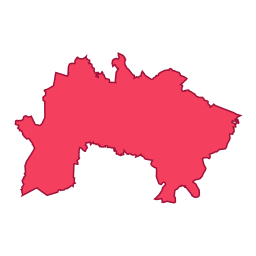 San Pablo Anicano, Puebla, Mexico
{"feature_id": "50627088B54927007097368", "entity_name": "San Pablo Anicano", "entity_type": "district", "adm_level": 2, "iso_a3": "MEX", "parent_name": "Mexico", "parent_adm1": "Puebla", "projection": "albers", "projection_center": [-98.14, 18.141], "detail": "fine", "context": "isolated", "style": "filled", "palette": "rose", "viewbox_px": 256, "rotation_deg": 0, "n_neighbors": 0, "source": "geoboundaries", "source_scale": "gbopen_adm2", "svg_char_len": 5786}
<svg xmlns="http://www.w3.org/2000/svg" viewBox="0 0 256 256"><path d="M44.6,90.1L44.3,90.4L44.7,91.3L45.8,92.2L45.5,95.2L43.0,97.3L43.2,100.4L44.8,101.5L44.9,117.6L41.9,123.9L39.8,125.6L38.2,125.0L35.8,124.8L35.0,124.1L31.2,116.2L29.1,117.1L28.0,116.9L25.9,115.8L25.3,115.9L23.9,116.6L23.0,119.4L22.4,120.0L20.7,120.6L20.0,120.5L18.4,120.7L16.9,120.4L15.8,120.9L15.7,121.3L15.4,124.0L15.8,124.5L18.6,125.3L18.8,125.6L18.4,127.3L17.7,128.0L18.6,128.9L19.6,129.4L19.8,130.0L19.6,130.6L21.4,130.8L22.8,133.3L22.6,134.4L24.2,136.3L24.3,136.8L25.5,137.5L26.5,138.9L28.5,138.5L29.0,138.7L32.6,143.6L32.4,144.3L32.9,144.6L34.6,148.5L31.5,153.7L26.6,161.3L25.0,165.8L25.5,172.3L24.4,173.8L25.6,175.2L25.1,175.7L24.8,176.6L23.8,177.1L23.6,177.9L23.8,178.4L23.7,178.8L23.0,179.1L22.5,180.0L22.2,181.0L22.8,182.4L22.8,182.9L23.7,183.8L23.8,184.1L23.2,185.6L21.9,187.2L22.3,189.1L22.0,189.4L21.2,189.6L22.0,190.6L21.9,192.0L22.3,193.0L22.5,195.1L22.3,195.5L36.0,188.2L37.5,188.1L38.5,189.2L47.1,195.3L57.6,192.2L58.5,190.0L60.3,189.9L60.8,190.5L61.9,190.1L64.1,189.9L65.4,188.7L67.6,188.5L67.9,188.0L69.2,187.4L71.1,185.7L72.3,185.8L73.1,186.4L73.2,183.8L75.2,183.1L74.1,181.8L74.5,178.0L73.9,177.6L73.4,177.5L73.9,164.0L74.6,163.8L77.8,164.2L77.9,163.0L77.5,161.8L77.0,161.4L77.2,160.5L77.8,159.7L78.6,159.4L79.5,157.9L78.7,157.0L79.0,156.0L78.8,153.5L79.1,152.7L78.9,151.8L79.6,147.9L79.7,147.6L81.8,148.2L82.4,149.3L83.6,150.5L85.0,151.3L85.5,151.1L86.0,149.1L87.2,148.0L86.8,146.1L85.5,145.5L86.2,142.7L87.9,142.8L90.2,142.1L90.6,144.6L93.2,142.2L93.5,143.5L95.5,143.8L96.1,144.5L97.7,143.9L98.3,145.0L99.0,145.5L99.9,145.5L99.7,146.6L103.8,147.0L104.6,146.4L105.4,146.8L105.3,145.8L105.8,145.8L107.5,146.0L107.7,147.4L110.5,147.3L110.6,147.6L111.9,147.9L113.5,147.9L113.8,148.5L114.1,150.8L114.7,151.2L114.9,150.9L114.6,149.3L114.8,148.8L115.1,149.9L115.9,150.7L116.6,153.0L116.2,153.5L116.5,154.0L117.7,154.1L118.7,154.7L120.6,155.5L121.1,155.3L121.0,154.7L121.3,154.0L122.2,154.8L123.7,154.5L123.4,152.7L124.1,151.7L124.2,150.6L125.0,152.0L125.9,152.4L126.6,153.7L127.6,154.2L128.1,154.3L129.1,153.7L130.6,153.6L130.8,154.2L131.4,154.6L132.8,155.1L135.7,154.7L136.2,155.7L135.7,157.0L140.3,155.3L140.4,154.4L141.2,154.4L141.8,155.9L142.3,156.3L143.7,156.8L144.6,158.4L145.5,159.1L152.4,160.3L151.3,162.7L151.0,164.1L151.9,165.6L154.4,167.4L156.0,167.8L156.3,168.4L156.6,169.7L156.4,176.7L158.7,183.0L159.1,183.6L159.9,184.1L161.1,184.5L161.7,184.0L162.6,182.7L163.3,182.2L163.9,182.2L164.6,182.4L164.9,182.7L165.5,184.4L165.4,184.9L162.8,187.4L161.9,190.5L159.2,194.6L156.1,197.8L154.7,199.0L156.4,199.5L161.6,198.7L162.4,201.0L162.5,201.4L162.1,202.0L162.6,202.2L163.5,202.4L167.1,201.3L172.9,202.6L174.3,202.7L174.9,202.4L175.4,202.0L175.3,198.1L174.9,197.0L174.2,196.5L174.8,190.7L175.3,189.9L177.1,189.1L177.7,188.6L179.0,186.6L180.9,186.4L181.0,185.5L181.6,185.3L182.6,185.5L181.5,185.5L183.8,186.0L184.8,185.8L185.3,186.0L184.5,186.7L184.9,187.3L186.3,187.6L192.2,195.1L191.9,195.5L193.7,196.8L194.3,197.1L196.6,197.2L198.1,196.7L198.9,196.1L199.4,194.1L199.1,190.0L197.1,186.7L195.9,184.1L195.0,183.4L193.1,182.4L193.0,181.4L194.5,180.3L196.2,179.5L197.7,179.4L200.4,178.4L201.1,177.2L201.8,176.8L203.9,172.3L205.4,170.1L205.8,168.4L205.5,167.5L203.8,164.6L202.8,160.4L202.6,158.5L203.8,157.8L206.6,157.6L207.6,157.7L208.8,158.4L209.5,158.5L210.2,156.8L209.6,154.3L210.0,154.1L213.6,152.8L215.0,151.9L216.9,151.8L218.6,150.1L219.7,149.4L221.6,149.3L225.4,148.7L226.4,147.2L227.3,143.7L228.8,141.2L230.0,138.4L229.6,134.3L229.8,134.0L230.6,133.8L231.3,134.1L232.7,134.2L233.0,132.5L234.0,131.9L234.0,128.8L233.2,127.8L233.2,126.9L235.7,126.9L235.7,126.2L235.1,124.7L235.6,124.7L236.1,123.7L236.0,123.4L234.2,123.5L231.9,122.4L231.8,121.7L233.0,120.9L234.4,121.2L235.0,121.0L236.3,121.2L236.4,122.4L237.0,121.9L237.2,122.2L237.0,122.7L238.5,123.3L238.7,122.5L238.2,120.8L237.8,120.4L237.9,119.8L237.2,119.3L237.1,119.7L235.3,119.4L237.7,117.0L240.6,115.5L236.7,114.4L233.9,112.8L215.4,105.6L213.7,104.2L212.3,105.9L211.1,106.3L210.9,106.9L210.3,107.1L210.4,106.1L208.0,103.8L207.9,102.5L208.1,101.6L206.8,100.8L204.3,100.3L203.8,98.7L202.5,97.4L199.2,97.4L196.7,96.4L195.3,95.2L194.9,94.1L192.7,93.0L191.6,92.1L190.7,91.6L190.0,91.6L188.6,90.0L185.6,90.8L185.7,90.4L184.9,90.6L184.3,90.8L183.9,91.4L182.2,91.0L181.6,89.1L182.6,85.8L180.7,84.5L182.3,83.4L183.2,82.2L186.4,79.4L186.9,78.5L183.7,76.6L180.5,75.5L180.1,74.0L179.1,72.5L176.6,71.9L174.2,70.7L172.7,70.6L171.9,69.4L170.6,68.6L170.0,68.7L169.2,69.3L168.8,70.2L167.6,70.0L164.9,70.4L161.6,71.9L158.9,73.5L158.3,75.1L157.9,75.4L156.2,75.6L156.0,75.9L156.1,76.4L155.6,76.5L154.8,77.5L153.5,78.0L152.6,79.4L151.3,79.4L145.3,75.5L143.9,73.3L142.3,71.3L141.7,72.5L140.8,75.9L140.2,76.0L138.9,76.8L138.4,77.5L136.3,76.8L134.3,78.2L134.2,75.3L132.8,74.9L128.5,69.3L126.8,68.0L124.8,64.1L124.7,61.4L125.5,60.1L125.4,59.2L125.0,59.1L124.5,58.2L124.8,57.7L122.9,55.4L118.3,53.3L118.5,56.1L119.1,57.1L118.9,58.2L118.3,59.0L117.1,59.0L116.4,58.4L114.0,59.1L113.7,59.8L113.1,59.9L112.6,60.5L112.1,63.2L112.9,66.4L114.8,64.7L117.2,68.2L118.0,68.5L118.7,68.1L116.2,72.2L115.3,80.9L115.8,82.5L109.4,82.3L109.5,80.7L109.3,79.6L108.8,79.3L105.4,78.5L103.8,74.6L102.8,74.2L102.7,72.5L102.1,71.8L100.9,73.7L99.2,73.7L98.1,72.5L97.6,73.0L98.2,77.3L95.9,76.4L96.9,74.3L97.2,72.8L96.9,72.5L95.6,73.5L93.8,70.6L94.2,70.0L94.2,68.6L93.5,67.9L92.3,67.7L91.7,64.3L90.2,63.4L88.9,63.7L88.6,62.9L89.2,62.7L89.6,62.1L89.6,60.2L88.1,60.0L87.8,59.8L87.5,59.1L86.7,58.8L86.1,57.9L86.3,56.3L85.4,57.3L82.7,58.9L80.6,58.8L78.1,58.2L77.9,57.4L77.3,57.3L75.0,60.5L74.9,63.6L72.0,63.3L69.9,63.8L68.8,65.6L68.4,67.4L68.1,72.9L68.5,72.9L67.5,76.2L55.9,72.6L55.2,75.9L55.1,77.4L53.5,85.8L47.3,89.3L44.6,90.1Z" fill="#f43f5e" stroke="#9f1239" stroke-width="1.5"/></svg>